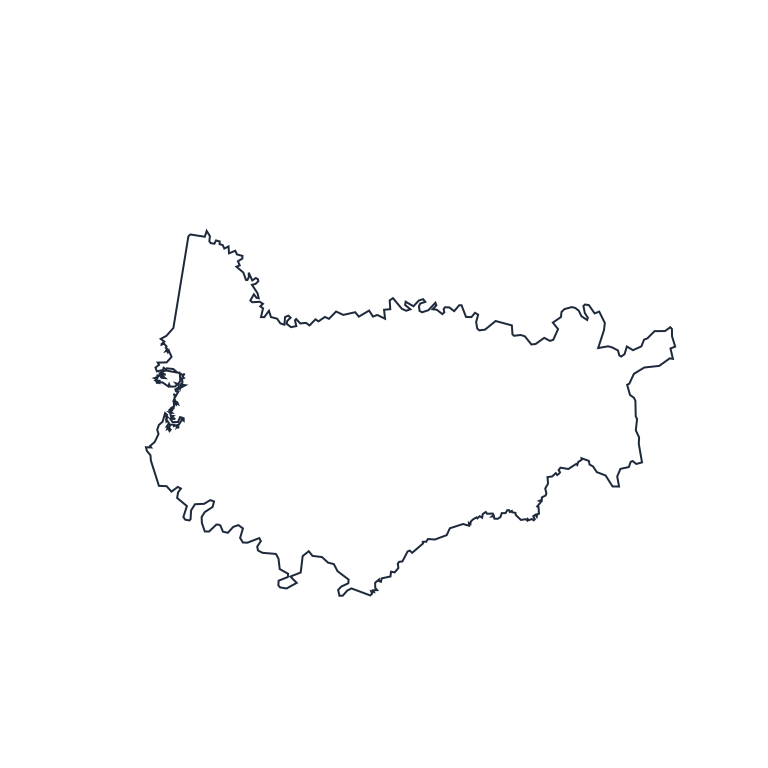 Puerto Parra, Santander, Colombia (Mercator projection), rotated 312°
{"feature_id": "7082276B16167878822858", "entity_name": "Puerto Parra", "entity_type": "district", "adm_level": 2, "iso_a3": "COL", "parent_name": "Colombia", "parent_adm1": "Santander", "projection": "mercator", "projection_center": [-73.991, 6.701], "detail": "fine", "context": "isolated", "style": "outline", "palette": "slate", "viewbox_px": 768, "rotation_deg": 312, "n_neighbors": 0, "source": "geoboundaries", "source_scale": "gbopen_adm2", "svg_char_len": 6154}
<svg xmlns="http://www.w3.org/2000/svg" viewBox="0 0 768 768"><g transform="rotate(312 384 384)"><path d="M177.7,249.4L175.6,252.6L174.8,258.1L171.1,262.0L157.7,284.9L162.6,290.8L161.8,298.1L169.5,299.6L170.4,303.0L165.7,303.5L160.9,306.5L161.4,319.2L150.9,323.9L150.2,327.1L152.4,330.7L154.1,330.7L161.0,325.2L168.2,324.0L174.6,330.5L181.5,332.6L183.0,336.3L177.9,338.9L168.8,336.5L163.1,337.5L158.9,341.6L154.5,349.5L157.3,352.7L167.4,353.5L168.8,355.2L169.4,357.0L166.5,363.1L168.9,367.5L177.0,367.6L181.7,370.2L182.3,375.8L173.3,380.1L171.8,385.2L174.7,388.7L186.0,394.4L184.9,397.6L178.3,398.6L176.0,401.7L177.2,406.6L185.4,417.4L183.6,422.5L176.7,430.3L178.8,439.7L176.2,441.7L167.3,437.3L163.7,440.2L163.3,442.8L166.8,448.4L177.8,452.2L178.3,443.3L188.2,448.2L201.7,438.7L209.4,440.0L208.4,445.9L213.9,453.7L213.8,461.9L216.6,467.3L213.8,474.7L215.0,488.6L212.0,490.8L204.9,487.8L200.3,487.7L196.8,492.6L199.1,495.0L205.9,494.9L210.3,496.6L217.7,515.3L220.3,515.4L221.4,513.1L222.7,515.6L223.4,513.9L226.2,516.8L226.7,513.8L230.4,510.4L235.3,511.1L234.2,512.1L235.0,514.1L238.0,512.3L245.3,517.6L249.2,514.8L251.2,518.0L256.9,517.8L259.6,514.5L261.9,514.2L264.5,516.4L275.3,513.6L277.4,514.6L277.4,517.9L291.6,519.7L292.7,518.4L295.0,520.9L298.2,520.4L302.5,525.9L313.6,531.7L320.9,529.5L332.9,536.5L335.6,542.1L337.5,540.1L337.7,542.0L339.9,540.5L343.2,540.8L346.9,542.1L346.7,543.3L349.8,543.6L350.3,546.4L353.4,544.4L357.0,545.3L356.6,547.5L360.5,551.5L359.9,553.2L357.7,552.8L359.1,554.3L357.8,556.1L359.8,558.6L363.0,559.6L366.8,557.9L369.4,560.7L372.7,560.1L373.9,561.3L373.1,563.2L375.2,563.9L374.4,565.0L376.2,567.9L374.8,569.6L374.6,576.7L378.4,579.8L378.4,581.8L379.8,581.2L379.6,582.7L382.6,584.2L382.9,586.5L384.5,586.5L385.6,583.4L388.3,584.1L387.6,586.3L389.9,585.0L391.3,585.9L395.9,581.3L395.5,579.8L402.0,579.5L401.2,577.7L403.6,578.8L405.3,577.2L409.3,578.7L411.3,577.9L414.3,573.7L419.7,572.6L424.2,567.8L427.8,570.8L432.7,571.3L432.2,573.6L434.7,574.1L436.2,573.9L436.8,571.4L439.9,571.1L444.2,577.9L453.2,580.3L453.1,581.8L456.0,580.5L459.9,581.6L461.0,580.4L463.9,587.7L461.7,590.6L462.6,594.5L460.9,601.1L464.3,609.9L460.8,622.4L465.1,627.3L471.3,619.2L479.1,616.5L486.1,621.5L491.3,619.4L493.1,620.3L493.4,625.0L498.4,628.2L510.0,613.4L515.0,609.3L518.1,602.1L527.3,595.5L528.4,592.7L539.7,582.1L541.0,579.1L540.5,574.1L546.1,565.2L548.4,566.1L558.8,562.9L570.4,566.4L581.6,576.4L594.3,579.2L596.0,581.9L602.1,573.1L606.6,575.4L612.2,566.1L617.5,561.2L617.8,558.8L611.4,557.4L604.3,549.7L594.2,549.2L590.9,547.6L584.2,550.1L575.7,546.4L574.4,539.4L567.1,542.8L563.1,541.9L562.7,539.7L565.5,535.4L563.8,528.9L562.0,525.3L554.0,519.1L571.3,511.4L577.1,507.3L581.8,495.5L577.4,493.3L579.7,483.5L577.6,480.2L575.4,480.0L571.1,485.8L569.6,491.2L567.5,492.1L566.5,485.4L568.8,479.6L568.5,475.2L566.8,472.1L560.5,468.0L556.3,467.7L552.2,470.7L542.6,468.4L541.3,476.6L530.1,480.2L527.1,478.5L525.5,472.2L515.2,469.9L512.0,467.1L513.7,456.8L511.9,452.8L506.8,448.3L506.9,446.2L513.1,439.8L505.5,424.8L492.0,422.7L487.6,418.9L487.6,416.2L491.7,411.0L498.5,407.6L497.8,404.0L492.2,404.2L488.7,400.1L494.4,388.9L492.8,387.2L485.1,387.4L484.6,381.3L481.9,378.0L479.6,378.2L477.6,380.9L475.0,380.6L474.5,373.5L472.1,370.1L477.5,370.3L478.8,367.8L468.5,367.6L462.8,364.3L462.1,361.5L465.2,357.9L468.0,357.1L472.7,359.7L473.2,356.3L469.3,354.0L461.5,353.9L459.6,345.0L456.8,346.9L457.2,353.6L453.3,351.5L451.8,346.9L453.8,333.2L449.9,332.3L443.8,338.6L439.2,334.4L433.2,341.1L430.8,332.8L426.7,330.7L428.6,323.8L417.2,320.2L418.1,314.6L408.1,307.5L405.8,299.9L395.6,299.5L394.3,295.2L386.7,293.4L386.2,289.8L377.7,289.5L377.2,285.1L373.0,281.3L373.5,275.2L371.8,275.2L368.3,280.1L364.0,276.8L363.6,271.4L366.0,269.9L370.8,270.2L370.7,267.1L367.5,265.7L361.4,270.3L359.7,266.5L361.0,260.8L358.1,255.2L361.4,249.5L353.5,250.3L351.4,247.8L359.3,243.5L358.9,240.1L362.6,240.4L362.0,236.7L356.6,231.4L356.6,228.8L363.6,227.3L362.7,231.6L363.9,233.5L366.8,229.3L369.4,219.5L372.5,221.6L376.3,221.8L377.5,220.2L377.0,217.8L372.8,216.8L376.2,209.0L373.0,212.0L369.9,212.9L369.0,211.8L372.7,204.9L372.4,195.9L375.6,197.4L377.5,193.3L382.4,194.8L384.5,193.1L381.9,188.0L383.5,184.3L377.4,181.4L382.2,176.4L377.8,174.7L379.3,171.1L377.9,168.3L380.0,166.5L378.3,163.1L374.8,164.1L372.7,160.9L373.2,158.7L377.4,155.7L379.1,149.8L373.5,152.3L365.6,140.1L362.9,139.8L284.7,190.0L274.3,190.1L268.1,187.9L268.5,192.4L264.8,192.0L264.3,192.4L266.8,193.6L266.4,197.3L264.9,197.6L264.9,200.4L263.7,199.6L262.4,199.8L264.6,200.9L263.1,201.6L262.9,202.2L264.8,201.8L262.0,208.0L254.6,208.0L248.5,201.5L247.8,204.0L243.3,203.2L241.4,206.8L246.6,210.4L248.6,209.4L249.0,212.3L250.3,212.1L254.1,217.3L254.3,223.0L248.0,212.7L243.0,210.5L244.8,215.5L241.8,211.8L241.9,217.4L239.7,214.5L241.0,210.7L239.5,212.1L239.9,211.1L238.2,211.3L239.3,209.3L237.4,210.8L234.9,209.5L235.9,211.6L233.8,211.6L236.8,215.9L234.6,214.3L234.1,215.6L233.3,213.6L232.9,214.6L236.9,218.1L237.9,225.4L240.0,224.5L238.9,226.7L242.0,230.2L244.9,230.9L245.2,228.8L246.2,231.0L249.9,230.6L255.5,224.9L255.8,228.1L258.2,229.1L255.0,229.0L254.6,231.2L253.1,230.1L250.2,233.3L247.6,233.2L250.2,237.2L246.8,236.0L248.0,235.7L246.5,233.9L243.7,235.6L244.5,233.4L241.7,234.6L242.2,233.1L240.4,232.6L239.4,234.3L240.5,236.3L235.4,237.4L236.1,234.2L234.8,237.0L231.2,238.8L232.8,240.1L230.7,239.6L232.1,242.6L231.2,244.5L230.6,242.5L229.6,243.2L229.7,240.0L226.8,243.1L223.4,241.6L225.7,244.3L223.1,243.2L222.5,244.9L222.5,242.0L220.9,241.9L220.8,245.7L219.4,243.7L219.6,246.1L219.3,244.7L217.8,246.8L219.1,248.7L216.2,247.9L217.4,248.9L218.3,252.3L215.2,248.3L214.2,252.3L217.9,256.4L223.0,254.6L224.5,258.0L222.7,259.7L222.4,256.5L221.9,257.9L215.1,258.9L214.7,259.7L213.5,260.9L214.4,259.0L213.3,258.9L215.2,257.9L212.3,256.1L213.4,255.4L210.7,252.3L207.6,253.7L207.3,256.0L205.5,256.1L206.6,253.4L205.5,253.0L207.7,252.0L206.9,251.0L211.0,250.4L211.7,247.5L210.5,247.4L212.0,245.6L214.5,245.6L214.8,244.3L213.0,244.1L215.9,243.4L215.9,240.8L207.8,244.7L202.9,244.1L198.2,246.1L196.0,249.9L187.5,252.4L181.4,251.6L181.0,253.4L177.7,249.4Z" fill="none" stroke="#1e293b" stroke-width="2"/></g></svg>